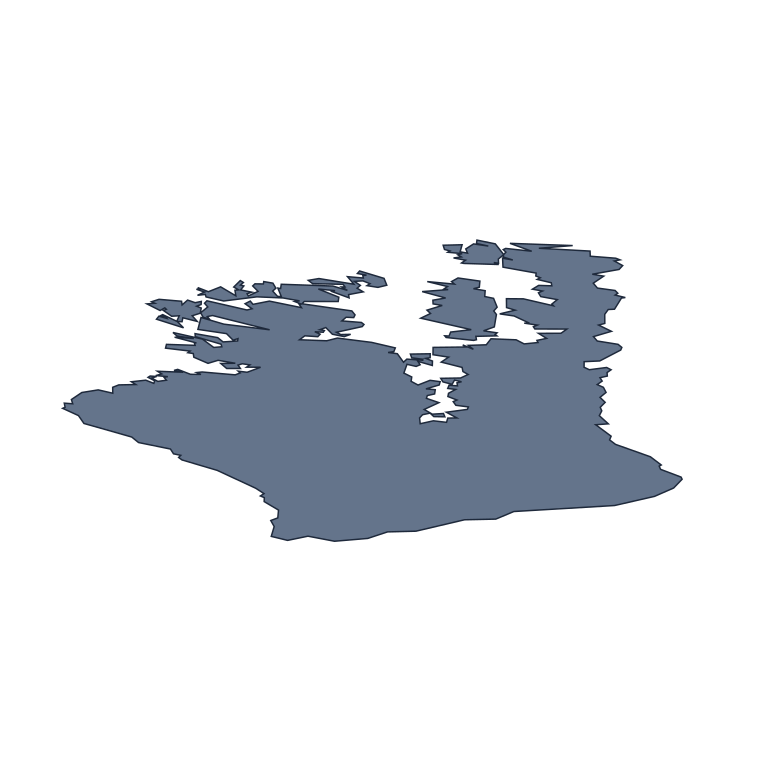 the district of Averøy nor, Møre og Romsdal, Norway, rotated 11°
{"feature_id": "86288312B65221364882540", "entity_name": "Averøy nor", "entity_type": "district", "adm_level": 2, "iso_a3": "NOR", "parent_name": "Norway", "parent_adm1": "Møre og Romsdal", "projection": "equal_earth", "projection_center": [7.535, 63.027], "detail": "fine", "context": "isolated", "style": "filled", "palette": "slate", "viewbox_px": 768, "rotation_deg": 11, "n_neighbors": 0, "source": "geoboundaries", "source_scale": "gbopen_adm2", "svg_char_len": 6152}
<svg xmlns="http://www.w3.org/2000/svg" viewBox="0 0 768 768"><g transform="rotate(11 384 384)"><path d="M542.8,212.1L480.8,221.9L503.7,225.5L477.6,227.7L475.4,229.3L478.5,231.3L476.8,234.1L466.5,225.2L447.8,225.0L448.0,228.4L460.1,228.7L445.2,229.4L438.5,235.8L441.0,239.6L433.5,239.7L434.1,232.4L415.6,236.5L417.7,240.4L423.3,240.8L421.5,242.5L435.9,241.1L431.8,243.1L435.6,244.5L428.2,247.0L440.4,246.9L437.0,250.4L439.5,250.4L473.8,244.8L468.6,243.8L473.4,243.6L472.4,239.5L476.7,234.3L476.9,236.6L486.8,237.7L476.4,237.9L478.5,246.6L512.2,246.1L512.4,249.0L517.1,249.9L514.4,252.1L528.9,252.7L530.0,255.6L517.0,257.7L511.6,262.6L521.8,262.5L518.2,265.0L521.2,268.3L538.0,268.1L533.5,273.5L535.4,274.9L504.6,273.8L487.9,276.9L489.7,285.6L498.6,286.5L484.2,293.1L498.7,292.4L515.1,296.5L510.0,297.5L523.3,296.9L519.7,299.3L521.6,301.2L553.0,295.2L548.1,300.4L526.0,304.8L534.9,308.2L525.8,312.0L527.3,313.9L513.9,317.9L505.3,315.4L480.4,319.2L476.9,326.0L459.4,330.0L465.1,332.9L453.8,330.6L457.6,332.0L425.2,338.7L426.5,345.9L442.3,345.3L436.0,351.6L457.5,352.8L459.1,356.7L464.8,358.6L458.0,363.5L438.6,367.6L441.5,370.7L450.9,371.3L452.5,366.7L459.7,367.0L455.4,368.9L456.5,371.8L448.1,372.8L447.4,376.2L455.3,375.7L449.1,380.8L449.1,384.1L458.6,385.8L455.3,388.1L458.6,391.2L471.2,390.4L470.7,393.0L450.6,399.8L462.0,403.4L453.1,405.3L452.7,409.7L439.5,410.7L427.1,416.1L425.4,410.5L427.7,406.8L434.8,403.8L439.1,406.5L450.0,404.6L448.0,401.6L437.2,404.4L428.3,401.3L441.5,391.8L428.4,390.0L428.7,387.1L435.6,384.1L435.4,379.8L426.1,380.8L438.4,374.4L438.7,371.0L428.5,371.6L417.6,378.5L410.1,376.2L409.9,371.8L401.4,369.5L402.8,360.3L412.2,360.6L415.8,358.2L412.9,355.3L427.9,356.6L427.2,352.2L420.1,350.9L424.3,349.4L423.6,345.5L404.2,349.6L406.2,353.0L417.4,352.3L417.5,353.3L401.7,355.2L399.0,358.9L391.3,351.7L382.0,352.3L387.5,350.3L388.2,346.4L363.9,345.5L329.5,347.8L319.5,352.5L292.6,356.7L297.1,351.8L310.0,350.2L311.8,347.3L306.1,345.9L314.5,344.8L315.3,342.9L310.7,342.9L316.1,339.7L323.8,345.0L335.9,345.1L341.8,341.6L332.1,343.7L327.4,342.3L351.7,331.8L353.0,329.4L350.1,327.9L330.6,330.1L334.1,325.7L341.6,324.6L342.4,321.7L338.5,318.4L288.2,320.9L290.0,318.2L323.3,311.8L323.1,307.4L301.4,303.3L318.1,301.7L315.4,303.2L333.3,306.1L332.2,303.0L346.0,297.5L339.3,295.1L342.0,291.7L335.3,288.9L343.6,286.8L351.1,288.2L348.5,290.7L359.6,290.3L367.9,286.5L363.9,280.3L338.5,277.7L336.8,280.6L346.1,280.5L342.5,281.5L343.5,283.9L327.7,285.6L335.4,291.8L300.0,292.9L289.9,296.7L294.7,299.1L324.9,294.0L327.2,296.2L324.0,296.8L330.2,299.1L315.2,297.6L264.1,305.7L264.3,310.0L261.5,310.1L266.5,317.7L262.8,318.3L257.0,314.0L259.6,310.6L255.7,306.2L246.4,306.4L246.5,308.8L238.2,310.3L236.4,312.8L242.7,317.1L234.0,323.5L232.4,321.5L236.8,319.1L225.3,319.0L227.7,314.5L224.2,314.3L226.6,311.2L223.2,309.9L218.0,317.5L223.3,319.3L219.8,320.4L221.7,325.7L205.1,319.8L194.0,326.9L182.8,324.9L184.5,326.1L181.8,326.8L190.3,328.0L184.0,332.5L191.5,330.2L192.7,332.5L210.8,333.1L242.6,322.7L268.5,318.8L285.3,318.5L280.7,320.1L287.8,321.4L285.5,321.9L288.4,324.8L255.7,324.5L240.2,330.8L236.9,328.1L232.3,331.7L240.1,335.3L235.4,337.5L194.3,336.1L192.4,339.0L196.3,342.0L190.4,349.1L193.9,353.1L199.9,353.3L197.7,351.5L202.6,349.5L261.4,352.6L215.4,355.8L191.7,353.6L190.9,365.9L219.8,364.6L227.5,369.8L232.0,367.3L232.1,369.7L218.0,373.4L211.9,370.2L188.9,370.6L189.7,373.5L216.5,376.0L217.7,378.4L209.9,380.6L197.2,374.6L167.0,373.7L171.7,376.4L188.7,375.6L169.5,378.0L192.1,379.5L189.9,379.7L191.2,382.1L162.9,386.6L162.7,390.5L187.3,388.7L185.5,390.7L191.0,390.5L192.2,394.0L207.3,397.3L216.6,392.4L234.1,392.0L219.9,395.0L226.6,398.8L240.1,396.2L237.1,393.3L241.0,391.2L248.7,390.8L245.9,393.7L259.7,391.1L247.4,398.6L238.4,399.2L240.7,400.6L236.2,403.4L203.2,406.9L197.9,408.5L202.5,409.5L192.2,411.4L178.7,409.0L175.3,410.7L184.6,410.8L159.2,414.7L163.9,416.5L158.3,419.3L170.4,418.0L166.8,419.4L169.7,421.8L161.5,424.6L154.8,422.5L159.4,420.0L152.9,420.8L151.1,422.5L158.3,424.6L157.9,427.3L149.4,425.7L135.6,430.0L140.4,431.9L123.8,435.5L118.3,439.0L119.5,444.8L104.6,444.3L89.0,450.0L80.1,458.9L82.2,462.8L73.8,463.8L75.4,467.7L73.2,469.2L90.1,473.3L97.0,480.0L146.5,484.2L154.2,488.3L186.8,488.6L190.7,492.7L198.1,492.8L196.4,495.3L200.2,497.1L236.7,500.6L277.9,510.8L287.1,514.5L284.0,517.5L288.2,518.4L288.8,522.3L304.5,527.9L305.3,535.7L298.9,539.6L303.4,544.9L302.4,555.1L319.2,555.9L338.4,547.9L365.4,547.8L397.5,538.7L415.7,528.5L443.4,522.4L489.0,501.9L519.5,495.3L535.8,484.4L633.5,459.3L671.0,442.7L688.2,430.8L694.8,420.6L693.4,418.7L671.8,415.0L669.8,412.1L671.6,410.6L659.4,404.6L622.8,399.1L616.1,395.8L616.9,391.9L599.6,383.6L611.8,380.3L601.4,374.0L602.9,368.8L600.7,365.6L604.6,359.8L598.6,355.9L603.6,349.9L600.0,345.4L593.4,343.9L597.6,339.5L594.8,336.6L601.7,333.6L600.8,330.2L604.2,326.7L599.4,325.3L582.8,330.8L577.2,329.4L576.2,323.9L591.4,320.2L609.9,305.5L610.5,302.7L606.2,300.4L585.1,301.1L580.6,297.5L597.2,288.9L583.4,285.2L589.2,282.4L587.4,273.5L589.9,268.1L596.0,266.6L600.7,254.3L604.4,253.1L593.9,252.6L596.2,250.3L593.0,248.1L575.2,249.1L570.2,245.1L579.1,236.2L567.5,236.5L592.9,226.7L595.7,222.2L586.6,219.3L592.0,217.1L587.5,216.3L562.1,219.2L560.9,214.2L510.1,221.2L542.8,212.1ZM458.5,264.7L436.4,265.8L430.7,270.6L434.1,272.5L406.9,275.2L427.7,276.2L424.7,279.3L429.0,279.1L403.8,286.0L428.1,287.8L416.0,292.4L416.9,296.0L426.2,295.8L412.1,303.3L416.2,305.9L407.5,312.4L459.3,314.0L439.5,320.3L438.7,324.5L434.4,325.1L436.1,326.5L463.7,324.1L466.3,322.9L465.1,319.7L485.6,315.2L483.6,314.3L485.2,312.2L471.5,312.8L481.4,306.9L481.1,294.3L477.8,291.4L480.4,287.0L475.2,279.0L466.2,278.9L465.5,273.1L453.6,273.4L459.1,270.8L458.5,264.7ZM183.1,340.2L175.2,339.1L170.7,344.9L169.5,341.4L147.0,343.8L140.1,347.6L143.6,348.5L136.0,350.6L150.2,354.6L154.3,351.1L156.1,352.2L153.4,353.9L162.6,358.0L170.0,356.1L168.6,362.0L153.5,358.1L151.6,359.6L156.6,359.3L158.5,361.1L150.1,360.4L148.3,363.8L176.5,367.1L169.1,362.1L173.9,361.4L173.9,357.4L188.7,358.2L182.7,353.6L190.1,349.6L190.1,344.3L185.2,343.4L189.3,340.9L188.9,337.8L183.1,340.2Z" fill="#64748b" stroke="#1e293b" stroke-width="1.5"/></g></svg>